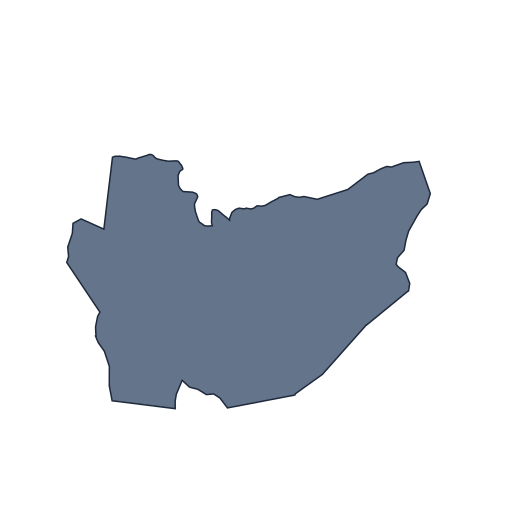 Ferrand, Castries, Saint Lucia, rotated 159°
{"feature_id": "8701671B90118791051051", "entity_name": "Ferrand", "entity_type": "district", "adm_level": 2, "iso_a3": "LCA", "parent_name": "Saint Lucia", "parent_adm1": "Castries", "projection": "robinson", "projection_center": [-60.984, 13.986], "detail": "fine", "context": "isolated", "style": "filled", "palette": "slate", "viewbox_px": 512, "rotation_deg": 159, "n_neighbors": 0, "source": "geoboundaries", "source_scale": "gbopen_adm2", "svg_char_len": 3655}
<svg xmlns="http://www.w3.org/2000/svg" viewBox="0 0 512 512"><g transform="rotate(159 256 256)"><path d="M213.9,302.5L214.2,302.3L215.0,301.9L220.2,301.3L221.6,301.2L229.3,299.9L232.5,300.4L232.8,300.5L237.1,302.5L241.1,301.4L244.0,301.8L247.4,303.8L248.0,304.2L250.0,304.2L251.7,305.1L254.8,306.8L258.6,306.8L261.9,305.7L262.9,305.3L263.8,304.3L267.0,300.8L267.6,299.4L267.8,298.9L270.1,303.3L270.5,303.8L271.4,305.3L273.2,308.6L274.9,311.8L275.7,312.5L276.1,312.9L278.2,314.2L280.2,314.6L281.0,313.5L281.7,312.7L281.9,312.1L283.3,308.4L285.5,303.3L285.7,302.0L286.0,299.9L286.8,300.1L287.5,300.4L287.9,300.5L288.4,300.6L289.4,300.9L290.1,301.2L290.6,301.4L291.0,301.5L291.9,302.0L292.2,302.1L292.9,302.6L293.7,303.5L294.2,304.3L294.8,305.1L295.1,305.8L296.1,307.1L296.6,307.6L296.9,308.6L296.9,309.7L297.0,311.1L296.9,312.1L296.9,312.9L296.9,313.4L296.9,314.0L296.9,314.6L296.8,315.4L296.7,316.3L296.7,317.1L296.7,318.2L296.6,319.2L296.4,320.3L296.3,320.8L296.1,321.6L296.0,321.9L296.0,322.5L295.9,323.2L295.6,324.1L295.3,325.1L295.1,325.7L295.0,326.1L294.9,326.3L294.7,326.7L290.6,330.7L289.8,331.5L289.6,331.7L289.2,332.1L289.1,333.0L289.1,333.8L289.2,334.2L289.2,334.6L289.3,335.3L289.8,336.0L291.1,337.2L292.0,338.0L292.4,338.4L292.9,338.6L300.3,342.0L300.9,342.3L301.2,342.8L301.3,343.0L301.5,343.3L301.8,343.8L302.0,344.4L302.2,344.9L302.4,345.6L302.7,346.2L302.9,348.0L303.1,349.5L300.9,356.1L300.2,358.2L300.1,358.5L299.9,359.0L299.3,359.7L298.8,360.2L298.5,360.6L297.0,362.1L296.6,362.4L295.6,362.7L295.3,362.8L294.6,362.9L293.7,363.1L293.2,363.3L293.0,364.0L292.9,364.3L293.0,365.0L293.0,365.8L293.0,366.7L293.1,367.4L293.1,367.7L293.6,368.7L293.8,369.5L294.1,370.6L294.2,371.3L294.7,372.3L295.2,372.7L295.7,373.1L296.5,373.4L297.1,373.6L297.5,373.8L298.2,374.1L299.4,374.4L299.9,374.6L300.2,374.7L301.0,375.0L301.8,375.2L302.8,375.5L303.5,375.9L303.9,376.0L304.7,376.4L305.5,376.9L306.5,377.5L307.2,377.9L308.1,378.4L308.8,378.8L309.2,379.1L309.6,379.5L310.3,379.9L310.7,380.1L312.0,381.1L312.4,381.4L313.0,381.8L313.4,382.0L313.7,382.3L314.3,382.9L314.6,383.4L314.7,383.7L315.4,385.1L315.6,385.7L315.8,386.2L316.2,386.9L316.6,387.5L317.1,387.9L317.4,388.2L317.6,388.4L318.0,388.5L318.3,388.7L319.4,389.1L320.3,389.1L321.6,389.0L330.9,389.7L331.3,389.7L332.9,389.5L333.6,389.6L334.3,390.0L334.5,390.1L335.4,390.7L335.8,390.9L336.5,391.3L336.8,391.5L337.0,391.6L337.8,392.2L338.4,392.5L338.8,392.8L339.8,393.5L340.5,393.9L341.3,394.5L341.9,394.9L343.0,395.5L343.8,395.9L344.6,396.3L344.8,396.4L345.4,396.8L346.4,397.4L347.3,398.0L348.2,398.3L348.8,398.5L349.0,398.5L350.0,398.9L350.9,399.3L351.5,399.4L351.8,399.5L352.5,399.7L353.7,399.6L354.6,399.6L372.1,366.6L388.4,335.6L401.2,348.5L406.0,353.3L408.7,352.9L415.1,352.1L418.0,345.9L419.4,342.9L428.5,331.9L429.5,328.6L431.1,322.8L433.5,319.7L435.0,317.8L431.0,300.0L425.2,274.4L423.9,268.5L421.8,259.6L425.4,256.5L427.9,252.6L431.2,247.3L432.8,242.6L434.1,238.4L434.3,238.5L434.5,238.6L434.4,234.5L434.3,231.4L434.0,230.4L431.7,221.4L432.5,205.4L439.5,187.4L442.2,172.4L386.1,142.4L386.0,142.8L383.5,149.4L380.0,155.4L369.5,166.4L365.1,157.4L358.1,152.4L352.0,144.4L345.0,142.4L340.6,136.4L337.1,124.4L269.7,112.3L269.0,112.8L268.2,113.4L236.4,121.7L177.7,152.1L177.6,151.9L126.5,168.8L126.1,168.7L122.3,175.3L122.3,187.0L127.2,195.1L128.1,198.1L124.5,203.7L115.7,208.3L110.4,216.9L104.6,224.5L91.3,235.6L85.1,240.1L77.6,243.2L70.9,251.8L69.8,285.9L75.0,287.0L84.7,290.2L97.7,290.5L101.7,292.7L108.0,292.7L116.6,291.6L122.2,292.3L146.5,285.2L178.5,287.0L190.0,294.4L194.3,295.2L198.3,297.3L202.4,301.2L203.7,301.3L213.9,302.5Z" fill="#64748b" stroke="#1e293b" stroke-width="1.5"/></g></svg>